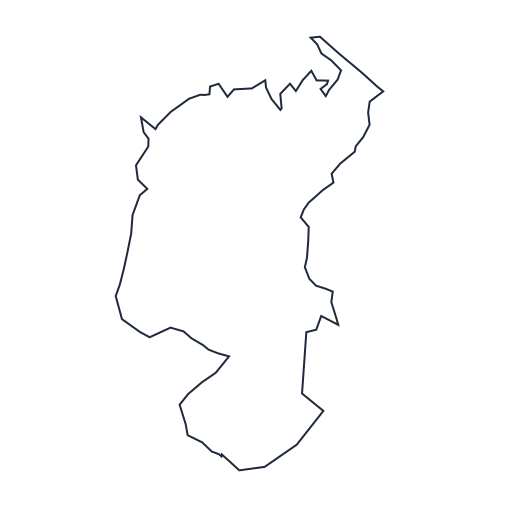 outline of Makounta, Paphos, Cyprus, rotated 84°
{"feature_id": "46923920B29039462994736", "entity_name": "Makounta", "entity_type": "district", "adm_level": 2, "iso_a3": "CYP", "parent_name": "Cyprus", "parent_adm1": "Paphos", "projection": "orthographic", "projection_center": [32.481, 35.053], "detail": "fine", "context": "isolated", "style": "outline", "palette": "slate", "viewbox_px": 512, "rotation_deg": 84, "n_neighbors": 0, "source": "geoboundaries", "source_scale": "gbopen_adm2", "svg_char_len": 1476}
<svg xmlns="http://www.w3.org/2000/svg" viewBox="0 0 512 512"><g transform="rotate(84 256 256)"><path d="M105.6,112.3L99.9,118.0L84.9,131.4L63.3,152.4L44.6,169.5L44.6,170.7L44.6,178.8L51.8,173.1L61.6,169.7L69.2,160.8L80.3,152.0L89.1,156.4L98.5,166.0L104.3,169.9L96.6,174.3L92.5,167.5L89.1,166.0L87.7,177.4L77.6,181.6L85.9,191.1L96.1,199.1L88.2,204.2L97.3,214.9L111.9,215.1L113.3,216.5L101.4,224.2L89.6,228.4L82.2,228.4L88.9,242.6L88.0,260.5L94.7,267.7L80.8,275.2L82.7,284.0L90.3,285.4L90.5,290.3L89.8,294.5L92.6,306.1L99.1,317.5L103.5,325.4L115.3,339.9L119.3,342.7L106.1,355.9L121.1,354.8L128.1,350.6L135.9,351.7L153.3,365.9L167.7,365.5L177.9,357.1L183.4,365.2L202.4,374.5L220.7,377.8L238.6,383.4L254.8,388.7L269.9,394.3L278.1,398.2L281.2,399.7L304.8,395.9L319.4,379.4L325.7,370.3L318.3,348.5L323.4,335.9L331.2,328.7L338.9,318.2L344.2,312.9L348.8,304.0L353.0,293.3L367.9,308.2L375.9,322.9L386.0,337.7L395.9,347.5L416.0,343.5L427.1,342.7L435.8,328.9L445.8,320.5L449.3,313.5L451.7,311.3L449.8,310.7L467.4,295.0L466.6,269.4L447.9,235.2L417.1,205.2L397.6,224.6L337.0,213.9L335.6,203.8L322.5,197.4L333.1,181.4L326.7,182.5L309.7,185.9L299.4,183.4L296.0,189.8L291.8,199.4L284.3,205.3L272.3,208.6L263.1,205.5L246.6,202.5L232.6,200.5L222.3,207.5L214.8,203.6L208.4,198.0L203.6,191.2L197.5,182.8L191.1,171.3L182.1,172.2L172.9,162.6L162.6,146.9L157.3,145.3L148.9,136.9L137.3,129.3L125.0,129.5L114.4,126.8L110.1,119.8L105.6,112.3Z" fill="none" stroke="#1e293b" stroke-width="2"/></g></svg>